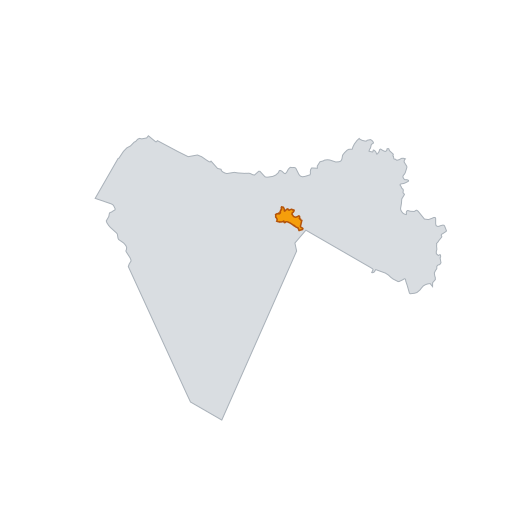 Youwarou, Mopti, Mali shown in context, rotated 210°
{"feature_id": "8926073B44950387084983", "entity_name": "Youwarou", "entity_type": "district", "adm_level": 2, "iso_a3": "MLI", "parent_name": "Mali", "parent_adm1": "Mopti", "projection": "mercator", "projection_center": [-4.577, 15.386], "detail": "fine", "context": "in_parent", "style": "filled", "palette": "amber", "viewbox_px": 512, "rotation_deg": 210, "n_neighbors": 0, "source": "geoboundaries", "source_scale": "gbopen_adm2", "svg_char_len": 6398}
<svg xmlns="http://www.w3.org/2000/svg" viewBox="0 0 512 512"><g transform="rotate(210 256 256)"><path d="M105.9,368.2L106.1,366.7L104.7,365.6L104.7,365.0L105.4,360.5L105.4,359.3L105.9,357.0L105.0,356.0L104.8,355.2L102.7,352.2L102.0,349.7L100.9,348.1L98.4,347.6L97.5,349.0L96.9,349.2L96.0,348.2L95.6,347.3L95.7,346.5L92.4,342.6L92.6,340.4L93.8,339.3L94.3,337.5L93.1,335.4L93.3,333.3L93.1,330.5L91.2,328.1L89.9,326.9L88.9,325.2L89.7,321.2L87.8,317.8L91.4,319.2L93.1,317.9L94.7,316.2L96.1,313.9L96.7,311.1L97.0,308.6L98.4,304.8L100.1,303.0L103.6,300.4L104.6,300.6L110.4,306.2L113.7,309.1L114.9,310.6L116.0,310.6L117.6,307.9L119.3,305.5L120.1,304.9L125.9,304.6L128.9,305.0L131.6,305.7L135.4,305.9L145.5,304.1L145.6,303.0L145.5,301.7L145.9,300.7L146.8,299.7L147.5,299.5L147.8,302.7L148.6,303.2L151.0,303.3L225.7,303.3L228.8,286.7L223.3,280.6L203.6,96.8L239.7,96.8L245.9,101.1L361.3,183.0L361.8,185.6L361.7,189.2L362.6,190.3L364.2,191.5L370.8,194.9L371.3,195.6L371.5,197.0L372.3,198.8L373.7,199.8L375.3,200.5L377.2,201.1L383.2,201.6L384.4,202.4L387.0,205.6L388.3,206.2L396.3,207.9L398.9,208.8L401.7,210.2L403.2,211.5L403.2,216.5L404.3,219.7L404.2,220.6L403.0,221.9L402.7,222.8L401.2,225.4L401.5,226.4L404.3,228.3L405.6,228.8L407.2,228.8L424.1,225.5L424.2,271.5L423.6,272.2L423.1,280.3L421.9,285.1L419.7,288.6L418.4,293.8L417.5,294.9L416.9,297.9L415.7,299.6L413.5,300.3L409.7,303.6L409.3,306.3L400.3,304.8L399.7,304.8L399.3,305.2L399.1,306.6L375.8,307.4L364.4,308.1L357.2,314.2L352.6,314.8L346.8,314.3L343.8,314.2L342.6,314.6L342.4,315.7L333.1,312.6L329.7,313.6L329.1,313.2L328.7,312.6L327.0,312.2L324.4,312.3L322.5,312.8L316.6,317.6L313.4,318.8L307.5,321.7L303.4,324.2L301.9,324.6L299.7,324.7L297.8,325.3L296.0,330.8L294.9,331.3L287.9,329.1L286.5,329.4L285.3,330.1L281.3,333.3L279.4,335.9L278.3,339.3L278.5,341.6L277.8,342.2L276.1,342.4L272.8,341.7L271.8,342.0L271.3,343.7L271.4,347.4L270.7,349.9L268.8,350.7L267.3,351.7L266.1,352.0L265.1,351.7L259.5,348.0L257.5,347.4L255.4,347.8L253.4,349.4L249.8,353.3L250.1,354.7L251.2,356.3L251.9,358.3L251.8,360.1L246.7,362.7L247.9,364.5L247.7,369.6L245.3,372.0L244.5,373.4L242.2,375.1L240.2,376.0L233.9,377.3L231.4,379.0L230.2,380.3L229.9,381.7L230.2,383.3L231.4,386.6L231.0,389.7L230.0,393.2L229.0,394.8L226.1,396.6L226.6,398.9L226.8,402.2L226.3,406.5L225.4,409.4L224.8,409.1L222.0,409.2L218.9,410.1L217.8,410.8L217.6,411.8L215.0,414.1L213.3,414.0L211.7,413.4L210.9,412.8L210.8,412.4L211.8,410.5L211.8,409.9L210.8,406.6L211.0,405.8L210.6,403.3L210.4,403.2L207.1,404.3L206.9,404.7L207.4,406.3L207.1,406.6L205.9,406.6L204.2,406.0L202.4,404.6L201.9,405.1L201.8,406.2L201.6,407.6L202.1,410.1L201.6,410.9L198.7,410.8L196.4,411.1L195.8,412.0L195.5,413.0L196.1,414.1L196.0,414.5L195.0,415.2L194.5,415.2L193.2,414.0L188.0,412.8L187.5,411.1L186.9,411.1L185.2,409.1L184.5,409.1L183.9,409.5L181.9,409.3L180.1,411.1L178.8,413.3L177.3,414.3L175.2,414.8L175.5,413.4L174.8,411.5L170.3,409.1L169.6,408.1L168.4,402.7L168.4,401.0L168.7,399.6L168.6,398.5L168.1,397.7L166.7,396.8L165.3,396.5L163.5,397.5L162.6,397.7L161.8,397.7L161.4,397.3L161.5,396.7L163.4,393.8L164.4,392.6L166.3,391.1L166.8,390.4L166.9,389.8L166.7,389.4L165.4,388.9L163.4,387.5L162.3,387.4L161.4,386.8L160.5,384.6L160.1,384.2L159.1,384.0L158.2,383.5L158.3,378.3L156.4,374.4L154.6,369.5L153.7,368.3L152.2,367.3L150.2,366.6L148.5,366.5L146.6,367.0L146.6,367.5L147.7,369.0L147.9,369.9L147.7,370.8L147.3,371.3L144.7,371.9L141.2,373.7L140.1,375.8L139.3,376.0L137.9,375.8L128.6,372.2L124.8,373.8L122.2,376.9L121.6,377.9L120.4,378.8L119.8,378.8L119.1,378.2L116.4,373.5L115.2,372.4L113.8,372.3L112.5,373.1L111.2,374.7L109.6,376.2L108.6,376.6L107.7,376.3L103.8,373.2L103.6,372.5L105.4,368.8L105.9,368.2Z" fill="#d9dde1" stroke="#a8b0b8" stroke-width="1"/><path d="M259.1,303.0L259.1,302.9L259.0,302.6L259.3,302.3L259.5,302.2L259.7,301.9L259.8,301.7L259.7,301.5L259.5,301.4L259.4,301.2L259.0,300.8L258.7,300.1L258.6,299.7L258.4,299.5L258.2,299.4L257.9,299.4L257.5,299.3L257.2,299.0L256.4,298.6L256.0,298.3L255.9,297.9L255.4,296.8L255.4,296.5L253.7,296.8L253.1,297.2L252.7,297.4L252.4,297.4L252.2,297.3L252.1,297.5L251.8,297.9L251.6,298.0L251.3,298.1L251.0,298.3L250.7,298.4L250.4,298.8L249.8,299.5L249.6,300.0L249.3,300.1L249.0,299.9L248.8,299.5L248.4,299.1L248.1,299.1L247.8,299.2L247.6,299.4L247.4,299.7L247.4,300.0L247.4,300.3L247.2,300.6L246.6,301.0L245.5,301.4L243.8,301.5L243.1,301.6L242.4,301.6L239.2,301.4L238.9,301.3L238.6,301.4L238.6,301.2L238.4,301.2L238.4,301.3L238.2,301.3L238.1,301.5L237.9,301.5L237.9,301.3L237.5,301.3L237.4,301.3L237.3,301.2L237.1,301.2L236.7,301.2L236.4,301.1L236.2,301.1L235.8,301.1L235.6,301.1L235.3,301.1L235.0,301.2L233.8,301.3L233.6,301.3L233.3,301.3L233.0,301.0L233.0,300.9L232.9,300.9L232.8,300.7L232.7,300.6L232.4,300.4L232.2,300.2L231.9,299.9L231.7,299.7L231.4,299.6L231.3,299.8L231.2,299.9L231.1,300.0L230.9,300.2L230.8,300.3L230.7,300.4L230.7,300.5L230.4,300.7L230.3,300.8L230.2,301.0L229.9,301.2L229.8,301.4L229.7,301.4L229.6,301.5L229.4,301.7L229.3,301.8L229.2,301.9L229.1,302.0L228.9,302.2L229.0,302.5L229.1,302.9L229.1,303.0L229.2,303.3L229.4,303.3L229.7,303.4L229.9,303.4L230.7,303.4L230.8,303.4L231.4,303.4L231.8,303.5L232.0,303.6L232.3,303.8L232.5,304.1L232.6,304.6L232.7,305.1L232.8,305.2L232.8,305.5L232.9,305.8L233.0,306.0L233.5,307.7L234.1,309.7L235.2,309.5L235.3,309.6L235.5,309.8L235.9,310.2L236.4,309.9L236.5,310.0L237.4,310.3L237.4,311.1L237.8,311.8L238.4,312.2L239.1,312.1L239.6,311.1L240.4,310.1L241.2,309.3L243.0,309.0L244.2,309.4L244.9,309.8L245.8,310.2L245.9,310.7L246.2,311.4L245.7,312.4L245.6,313.9L245.8,314.6L246.1,314.8L246.6,314.7L247.1,314.2L248.4,314.4L249.8,312.9L250.1,312.3L250.5,312.2L251.0,312.1L251.4,312.4L251.9,312.7L252.3,312.5L252.7,312.0L252.9,311.2L253.3,310.4L253.5,309.3L253.8,309.2L254.1,309.3L254.4,310.1L255.0,310.7L255.7,311.3L256.7,311.9L258.4,311.4L258.4,311.2L258.3,310.9L258.3,310.7L258.2,310.7L258.1,310.4L257.9,310.4L257.7,310.2L257.7,309.8L257.6,309.5L257.6,309.3L257.6,309.1L257.4,309.0L257.2,309.1L257.1,308.7L257.3,308.4L257.4,308.2L257.4,307.8L257.5,307.7L257.4,307.5L257.3,307.3L257.3,306.9L257.3,306.3L257.0,306.0L256.7,306.0L256.5,305.6L256.5,305.3L256.6,305.0L257.0,304.9L257.3,304.8L257.5,304.7L257.3,304.5L257.1,304.4L256.9,304.2L257.1,303.9L257.5,304.0L257.7,303.9L257.9,303.9L258.1,303.8L258.3,303.7L258.5,303.3L258.7,303.2L259.0,303.1L259.1,303.0Z" fill="#f59e0b" stroke="#b45309" stroke-width="1.5"/></g></svg>